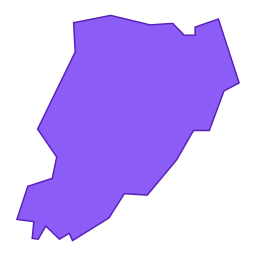 outline of Rumbek Centre, Lakes, South Sudan
{"feature_id": "79223893B15705410595049", "entity_name": "Rumbek Centre", "entity_type": "district", "adm_level": 2, "iso_a3": "SSD", "parent_name": "South Sudan", "parent_adm1": "Lakes", "projection": "equal_earth", "projection_center": [29.744, 6.986], "detail": "fine", "context": "isolated", "style": "filled", "palette": "violet", "viewbox_px": 256, "rotation_deg": 0, "n_neighbors": 0, "source": "geoboundaries", "source_scale": "gbopen_adm2", "svg_char_len": 466}
<svg xmlns="http://www.w3.org/2000/svg" viewBox="0 0 256 256"><path d="M72.5,240.6L109.0,217.9L124.3,193.7L147.2,195.1L176.6,159.9L193.5,130.5L209.3,130.5L224.0,90.9L239.1,82.9L218.4,19.0L195.1,27.1L195.1,35.2L184.2,35.2L172.7,23.4L149.9,24.9L110.7,15.4L73.6,22.7L75.2,52.0L37.6,129.1L56.7,157.0L52.3,178.3L27.8,186.3L16.9,219.4L33.8,221.6L32.2,238.4L38.2,239.2L45.8,226.0L59.4,239.2L69.2,233.3L72.5,240.6Z" fill="#8b5cf6" stroke="#5b21b6" stroke-width="1.5"/></svg>